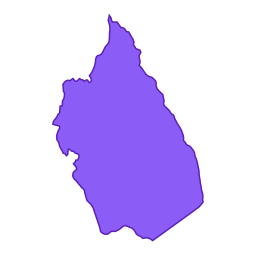 the district of Dom Basílio, Bahia, Brazil
{"feature_id": "56859067B28125703872164", "entity_name": "Dom Basílio", "entity_type": "district", "adm_level": 2, "iso_a3": "BRA", "parent_name": "Brazil", "parent_adm1": "Bahia", "projection": "equal_earth", "projection_center": [-41.73, -13.831], "detail": "fine", "context": "isolated", "style": "filled", "palette": "violet", "viewbox_px": 256, "rotation_deg": 0, "n_neighbors": 0, "source": "geoboundaries", "source_scale": "gbopen_adm2", "svg_char_len": 2929}
<svg xmlns="http://www.w3.org/2000/svg" viewBox="0 0 256 256"><path d="M203.1,202.1L202.6,199.8L202.9,197.0L202.7,194.0L201.8,191.1L201.3,188.8L201.0,186.0L200.4,183.3L200.1,180.8L199.7,178.3L199.2,175.6L199.1,173.4L198.9,171.0L198.6,168.8L198.1,166.7L197.6,164.1L196.9,161.0L196.0,158.4L195.0,156.1L194.6,153.3L193.7,151.0L192.5,149.3L191.1,147.6L189.7,146.1L188.0,145.4L186.6,144.7L185.3,142.5L183.5,140.5L183.6,137.9L183.1,135.0L182.4,133.1L181.6,130.8L180.2,128.0L178.6,125.5L177.6,124.0L176.6,122.2L175.7,120.4L174.8,118.8L174.2,116.8L173.5,115.0L171.7,113.9L170.5,112.7L169.5,110.8L168.0,109.3L166.6,107.9L165.2,106.8L164.1,105.2L163.5,103.4L164.1,101.1L163.4,97.7L162.9,94.7L161.2,93.1L159.6,91.5L158.4,90.3L157.1,88.6L156.0,85.8L156.2,82.8L155.5,80.9L154.2,79.4L152.9,78.1L151.6,77.2L150.0,76.9L147.9,75.9L145.8,74.1L143.9,71.4L142.8,69.6L141.1,67.3L139.2,65.4L140.0,62.7L139.9,60.1L139.3,58.3L139.1,55.7L140.0,54.0L140.9,52.3L139.8,50.0L137.7,49.4L135.9,48.6L134.6,46.4L133.4,44.8L134.0,42.2L132.9,39.2L131.0,36.0L129.7,33.7L128.6,31.9L126.8,31.7L125.6,30.3L124.5,28.6L122.6,27.7L120.7,27.3L119.1,24.9L118.0,23.3L116.9,22.0L114.8,22.0L112.5,22.0L111.6,20.6L111.0,17.9L109.3,15.4L108.9,17.8L108.2,20.0L108.9,22.7L109.7,25.6L110.0,29.4L109.5,32.8L109.5,36.1L109.4,38.5L109.1,41.2L108.4,43.2L107.2,44.6L105.9,46.1L104.8,47.7L103.9,49.7L102.7,52.1L101.4,54.1L99.5,55.3L97.6,55.6L96.3,57.1L95.6,59.7L95.4,62.7L94.6,65.8L93.7,68.2L92.5,71.1L90.9,73.7L89.4,75.8L90.7,77.6L91.5,80.2L90.6,81.9L88.9,82.5L87.5,80.0L85.7,80.2L84.4,81.3L82.8,79.9L81.1,79.6L79.6,78.6L78.3,79.7L77.1,81.1L75.0,81.0L73.0,78.5L71.4,79.6L70.0,80.7L68.1,80.2L66.1,80.8L64.4,82.3L62.9,84.5L63.2,86.7L63.3,88.9L63.4,91.2L64.4,92.8L64.4,95.4L64.1,97.8L63.4,99.5L62.5,100.9L62.4,103.1L62.2,105.8L60.1,106.1L60.0,108.4L59.7,110.3L59.7,112.9L57.8,114.6L57.1,116.4L55.9,118.3L54.5,119.9L53.3,121.9L52.9,124.3L59.5,126.1L59.7,128.1L58.4,130.4L57.4,133.1L56.6,136.0L57.0,139.9L58.8,142.7L59.5,145.9L60.4,147.8L61.3,149.5L62.4,151.2L63.2,153.2L64.9,153.6L66.3,155.7L67.7,154.6L67.9,152.1L68.3,149.3L69.8,149.5L71.8,151.2L73.6,151.4L75.0,153.0L76.8,153.6L78.2,154.2L79.2,156.0L78.6,158.1L77.6,159.9L75.9,160.2L74.8,162.5L73.4,163.8L74.9,165.4L76.3,167.4L76.6,169.4L75.0,170.8L73.2,172.6L72.7,175.7L73.3,177.6L74.5,179.3L75.9,180.5L77.5,182.4L79.2,184.7L80.4,185.7L81.3,187.3L83.1,188.7L84.5,190.6L84.7,192.5L85.7,196.0L86.4,198.6L87.2,200.8L89.4,202.8L91.1,204.5L92.1,206.3L93.1,207.7L100.0,228.3L100.6,231.6L102.7,233.3L104.9,234.2L107.1,234.2L108.8,233.4L110.1,232.2L111.8,231.3L113.8,231.4L115.7,231.3L117.1,230.4L118.9,229.7L120.6,228.4L122.8,226.5L124.6,225.6L126.5,226.0L128.0,226.5L129.6,227.3L131.6,227.9L133.7,229.7L134.8,231.0L136.3,233.9L138.2,235.4L140.2,236.3L141.6,237.1L142.6,238.3L144.8,238.0L147.0,237.8L148.7,238.3L150.5,239.0L152.6,240.6L194.8,210.1L196.1,209.0L198.9,207.1L203.1,202.1Z" fill="#8b5cf6" stroke="#5b21b6" stroke-width="1.5"/></svg>